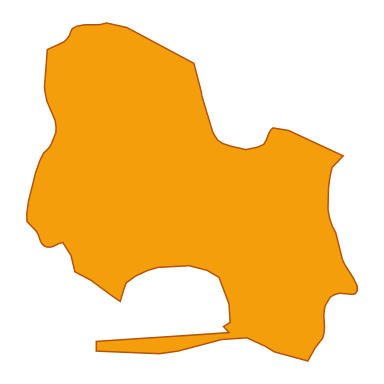 map outline of Saint Andrew (Natural Earth projection)
{"feature_id": "JAM-1382", "entity_name": "Saint Andrew", "entity_type": "Parish", "adm_level": 1, "iso_a3": "JAM", "parent_name": "Jamaica", "parent_adm1": "", "projection": "natural_earth1", "projection_center": [-76.765, 18.048], "detail": "fine", "context": "isolated", "style": "filled", "palette": "amber", "viewbox_px": 384, "rotation_deg": 0, "n_neighbors": 0, "source": "natural_earth", "source_scale": "10m", "svg_char_len": 1335}
<svg xmlns="http://www.w3.org/2000/svg" viewBox="0 0 384 384"><path d="M120.2,301.4L112.2,296.0L90.8,280.2L74.9,271.8L71.0,255.4L62.7,242.5L59.5,243.3L53.3,246.4L50.3,247.1L47.0,247.1L44.1,245.9L41.9,243.7L40.3,240.7L38.0,234.2L36.8,232.0L35.7,230.5L27.0,221.6L26.8,213.6L28.5,201.2L35.7,172.4L39.9,160.5L43.6,153.0L46.0,150.9L48.3,148.6L50.3,145.9L51.8,142.8L55.9,132.5L56.1,127.1L55.0,120.1L47.0,101.4L45.1,92.4L44.5,86.9L47.3,49.6L63.7,42.0L66.5,39.5L69.4,35.7L70.6,32.0L72.3,28.6L76.9,26.2L84.3,24.8L99.7,24.7L106.6,23.0L126.8,27.5L193.9,63.4L201.4,92.3L201.8,95.9L212.6,131.6L214.1,134.7L217.8,140.2L222.3,143.3L230.1,146.0L245.8,149.6L257.9,147.1L263.7,144.4L266.2,140.2L268.9,133.2L270.7,130.1L273.0,127.9L288.6,130.5L343.2,155.9L332.1,167.5L330.0,176.5L328.5,188.0L328.0,209.5L329.6,218.3L332.4,226.3L335.7,232.6L342.4,259.4L344.5,264.1L353.3,278.0L357.2,286.0L357.2,290.9L355.3,293.7L351.9,294.4L339.9,293.2L335.0,294.4L330.4,296.9L325.0,306.0L323.8,314.2L324.5,327.5L323.9,333.7L322.6,338.2L315.0,348.1L307.8,361.0L274.4,351.9L265.3,346.3L246.8,337.8L221.7,339.5L177.9,351.1L159.3,353.7L96.3,351.1L96.3,341.4L229.0,332.6L223.5,326.6L230.1,322.4L229.0,303.9L219.0,277.4L207.0,270.3L189.1,265.7L157.9,267.4L147.7,270.4L135.6,276.0L126.3,282.8L124.2,288.1L120.2,301.4Z" fill="#f59e0b" stroke="#b45309" stroke-width="1.5"/></svg>